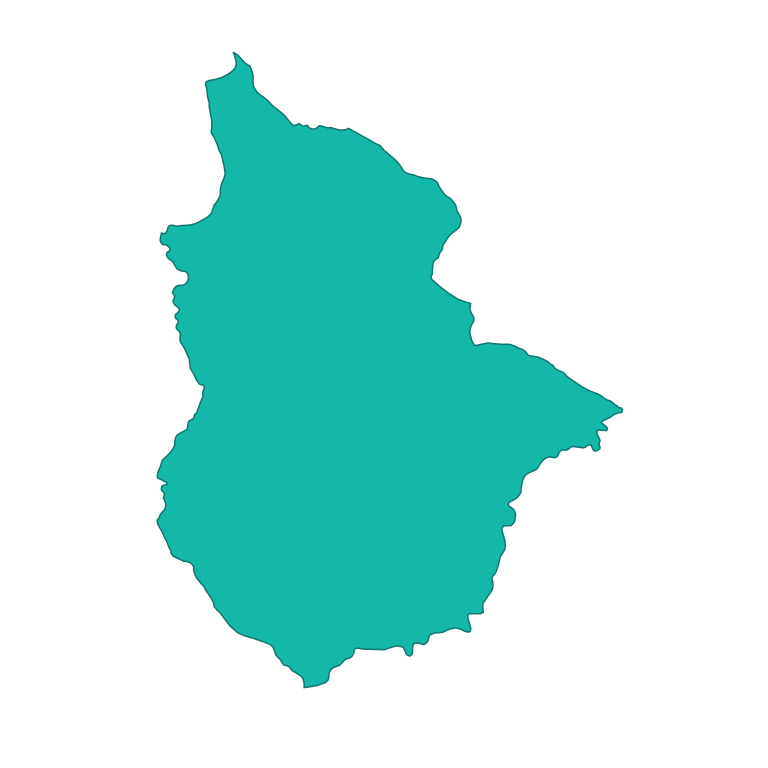 the district of Tununguá, Boyacá, Colombia, rotated 277°
{"feature_id": "7082276B59200745530827", "entity_name": "Tununguá", "entity_type": "district", "adm_level": 2, "iso_a3": "COL", "parent_name": "Colombia", "parent_adm1": "Boyacá", "projection": "natural_earth1", "projection_center": [-73.937, 5.716], "detail": "fine", "context": "isolated", "style": "filled", "palette": "teal", "viewbox_px": 768, "rotation_deg": 277, "n_neighbors": 0, "source": "geoboundaries", "source_scale": "gbopen_adm2", "svg_char_len": 6148}
<svg xmlns="http://www.w3.org/2000/svg" viewBox="0 0 768 768"><g transform="rotate(277 384 384)"><path d="M345.0,579.4L344.9,589.6L345.7,591.4L347.3,592.7L348.2,593.8L348.6,595.8L348.1,597.4L343.8,599.9L343.1,601.4L343.6,603.0L346.0,606.2L347.3,606.1L351.0,604.6L353.3,605.3L355.3,604.9L359.1,602.2L361.6,601.1L362.8,601.1L364.3,601.9L364.9,610.6L366.7,611.3L368.3,610.4L369.7,608.5L371.7,604.9L372.6,604.3L373.4,604.9L375.1,607.2L378.3,612.3L382.2,616.7L384.0,620.5L384.5,622.7L385.3,623.7L387.6,623.7L389.1,622.5L389.2,619.9L391.1,617.3L391.8,615.4L392.8,614.3L393.9,612.3L395.0,610.0L395.1,608.1L396.3,605.2L399.7,598.9L402.4,588.5L405.0,581.5L412.6,566.7L414.5,563.7L415.6,562.9L417.5,560.2L418.8,554.8L420.0,552.6L420.7,551.3L423.3,549.3L423.9,547.0L425.6,544.6L427.2,541.2L429.4,534.4L429.7,530.4L429.8,524.8L430.1,523.6L432.7,521.2L434.5,518.7L435.3,516.5L436.1,512.7L437.4,509.7L438.4,505.2L438.6,502.4L437.8,497.0L437.4,487.9L437.5,483.5L436.7,479.8L435.9,478.1L435.6,476.4L433.8,471.9L433.5,470.1L433.8,468.8L436.8,466.4L438.5,465.5L443.3,463.6L446.6,462.7L447.4,462.6L452.6,463.4L456.8,465.2L458.7,465.5L461.2,464.8L465.4,461.8L468.9,460.0L474.5,460.2L475.2,455.2L477.1,447.3L481.8,437.4L486.2,429.7L489.6,424.5L493.8,418.6L495.2,417.7L496.7,417.5L498.8,418.5L507.6,417.9L510.3,418.1L512.1,418.7L514.1,420.3L516.2,422.6L520.2,423.0L524.2,425.2L528.6,425.6L535.5,428.7L540.5,431.7L547.3,438.4L548.7,439.5L553.3,440.6L556.4,440.4L558.8,439.7L562.5,437.1L564.4,435.4L569.2,433.8L571.0,432.8L576.1,427.6L577.7,423.8L579.0,421.7L580.9,419.6L586.5,414.8L590.6,412.3L592.3,409.3L593.4,406.7L593.3,398.8L594.1,391.6L595.1,388.2L595.6,382.8L596.8,379.0L598.7,376.7L602.7,373.5L606.2,369.9L608.6,366.7L616.1,355.4L620.3,350.8L621.2,347.5L633.4,317.7L632.0,315.3L631.2,313.2L630.8,310.8L630.7,307.8L632.1,299.4L631.3,297.1L632.5,289.9L632.3,288.2L629.1,285.1L628.5,283.7L628.4,281.2L629.0,279.1L629.6,278.0L631.4,276.4L631.2,275.2L630.0,272.8L630.4,271.3L631.8,269.1L632.0,267.9L631.3,266.5L630.5,265.8L629.7,263.7L630.0,261.8L631.0,260.3L639.0,251.8L645.5,241.3L647.5,238.4L650.7,234.7L654.3,229.1L655.1,227.1L658.3,222.3L661.9,219.3L663.7,218.2L667.9,217.1L673.4,216.6L677.2,215.4L683.2,212.1L685.5,207.1L692.6,198.8L695.0,193.7L693.0,195.2L686.0,197.9L682.9,198.3L680.1,197.9L677.3,196.3L674.3,193.5L671.7,190.4L668.0,184.9L665.8,179.6L663.8,173.1L662.4,171.0L661.3,170.4L659.6,170.4L658.0,170.9L656.2,172.0L647.1,174.0L641.6,176.4L638.3,176.6L624.5,180.9L617.3,181.9L613.7,181.7L611.3,182.4L608.7,185.0L600.7,189.7L596.3,191.5L591.2,195.0L580.8,198.7L574.5,200.5L572.5,200.8L567.8,199.9L564.4,198.7L560.6,198.1L557.7,197.9L552.5,198.4L550.4,198.3L544.4,195.8L540.4,193.3L538.6,193.3L532.2,191.7L529.2,189.4L526.9,187.1L520.3,177.5L518.1,172.0L516.5,163.4L515.6,160.2L515.3,158.2L515.9,155.0L515.2,152.0L514.1,151.0L512.5,150.4L508.9,149.8L507.0,148.7L506.4,147.1L506.7,144.7L501.2,144.3L499.4,144.3L497.9,145.0L496.3,146.2L495.4,147.6L495.6,151.0L493.5,154.1L491.7,155.3L489.1,154.2L488.6,153.0L487.6,152.3L486.3,152.3L485.0,152.7L482.3,154.6L480.4,158.3L479.1,159.9L475.4,162.5L472.9,164.8L471.5,169.1L471.4,173.4L470.6,174.8L469.4,175.8L466.8,176.8L463.9,177.0L460.6,175.9L458.8,174.5L457.6,172.3L456.7,167.7L455.8,166.0L453.2,164.0L449.7,163.2L448.5,163.1L446.3,165.3L443.3,165.4L441.6,164.6L440.3,164.6L438.7,165.3L437.2,166.5L434.2,171.4L432.7,171.9L430.0,171.0L427.6,168.6L426.3,168.4L424.7,168.6L423.5,169.6L422.9,171.0L421.7,171.9L420.2,172.4L417.4,171.0L415.7,170.7L414.3,171.0L413.0,171.9L411.7,173.8L410.1,175.2L408.7,175.9L402.7,176.0L400.2,177.4L394.9,181.7L384.9,187.7L376.2,189.9L374.4,191.0L370.1,194.5L366.7,196.3L363.5,198.7L361.6,200.6L361.0,202.5L360.7,205.2L359.2,206.0L357.0,205.9L354.7,205.2L352.2,205.2L349.7,205.8L343.9,204.2L332.3,201.5L331.0,200.1L329.6,199.5L327.5,199.6L326.6,199.1L323.9,195.5L322.7,194.5L314.9,194.0L310.5,187.8L308.0,184.9L305.5,183.7L302.0,183.4L299.2,183.7L296.7,183.5L291.1,181.0L288.0,178.8L281.7,173.6L279.4,172.8L275.3,172.3L271.7,171.1L267.4,170.2L264.4,170.3L263.0,170.8L262.1,174.0L259.8,180.1L258.2,181.1L256.0,176.3L254.2,175.8L252.2,175.8L250.7,176.9L249.7,178.6L248.1,179.5L243.8,178.9L242.0,180.3L239.0,181.8L236.1,182.2L232.8,181.7L228.5,178.6L226.6,177.7L223.4,176.9L221.4,175.4L217.6,176.4L210.0,181.9L204.4,185.3L200.1,188.2L195.7,190.4L192.8,192.6L189.9,193.4L187.3,195.9L185.8,200.1L184.9,203.5L183.7,206.4L183.7,209.2L183.2,213.2L181.5,215.5L179.3,217.5L176.6,217.5L172.1,219.5L168.6,221.7L164.3,226.0L160.9,230.2L157.2,232.5L150.8,238.3L146.2,241.4L142.3,242.6L139.3,245.8L137.4,248.7L125.3,260.4L119.3,269.1L117.4,275.1L116.3,280.6L115.7,285.3L113.0,297.6L111.5,302.7L109.3,305.9L105.3,308.1L101.8,309.7L99.6,312.2L97.8,314.8L95.3,316.6L92.9,318.8L92.6,321.7L91.7,324.5L89.5,326.5L88.0,328.4L84.4,336.6L82.7,338.7L80.1,340.1L76.9,341.3L73.0,341.7L73.7,344.9L76.7,354.7L80.5,362.1L83.0,364.4L86.0,365.0L90.1,364.6L93.2,365.7L95.1,366.9L97.1,369.5L98.7,373.0L100.2,374.8L106.2,379.3L107.6,383.0L109.8,385.4L113.6,386.8L116.7,386.9L118.4,388.5L118.7,391.2L118.3,395.6L120.3,416.5L124.3,425.0L125.6,428.3L125.5,432.1L125.0,435.2L121.7,437.5L118.9,438.9L117.6,440.5L117.1,442.8L118.6,444.4L120.3,445.0L128.2,444.4L129.6,445.3L130.8,446.4L131.0,450.5L130.1,454.3L130.5,455.9L132.7,458.1L135.1,459.0L139.7,459.7L141.1,460.8L143.3,465.4L144.1,470.0L145.0,473.1L147.6,476.9L149.3,480.4L150.7,485.0L150.1,489.4L148.3,494.8L148.0,498.0L148.9,499.8L151.5,500.0L155.3,498.7L161.1,496.0L165.0,495.4L166.5,496.6L167.7,507.6L169.4,510.3L175.3,509.0L178.5,509.0L192.7,516.5L196.3,516.7L200.1,516.3L203.8,514.7L205.8,515.0L210.7,517.9L217.5,519.5L226.6,520.4L234.5,524.1L237.6,524.1L242.9,523.2L254.2,518.5L256.0,519.0L257.8,520.3L258.9,527.3L261.2,529.1L263.8,530.5L271.0,530.5L274.0,528.8L275.6,527.5L278.0,523.1L279.4,522.0L281.7,522.2L285.8,528.3L289.2,531.2L293.2,533.2L297.2,532.7L305.7,533.4L308.8,534.5L311.2,535.8L313.3,538.2L317.2,545.0L319.7,547.0L323.5,548.5L327.1,550.7L329.9,553.0L331.6,556.2L331.9,559.2L331.6,562.1L332.7,564.5L338.0,566.4L339.4,567.7L340.5,569.7L340.6,573.3L342.0,575.4L344.3,577.1L345.0,579.4Z" fill="#14b8a6" stroke="#0f766e" stroke-width="1.5"/></g></svg>